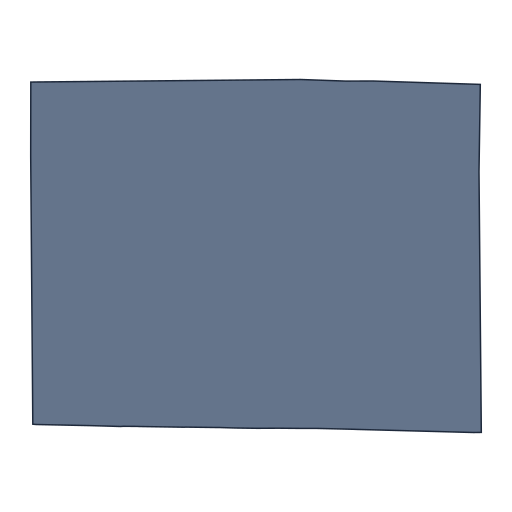 Rock, Wisconsin, United States of America (Equal Earth projection)
{"feature_id": "52423323B35843280156412", "entity_name": "Rock", "entity_type": "district", "adm_level": 2, "iso_a3": "USA", "parent_name": "United States of America", "parent_adm1": "Wisconsin", "projection": "equal_earth", "projection_center": [-89.089, 42.67], "detail": "fine", "context": "isolated", "style": "filled", "palette": "slate", "viewbox_px": 512, "rotation_deg": 0, "n_neighbors": 0, "source": "geoboundaries", "source_scale": "gbopen_adm2", "svg_char_len": 537}
<svg xmlns="http://www.w3.org/2000/svg" viewBox="0 0 512 512"><path d="M300.7,79.5L121.0,81.2L35.4,82.0L30.8,82.1L30.7,156.3L32.8,424.2L36.1,424.5L89.8,425.6L111.3,426.2L120.4,426.5L123.3,426.3L137.5,426.4L139.0,426.5L184.3,427.2L185.7,427.1L216.0,427.5L219.6,427.5L222.2,427.6L235.8,428.0L257.1,428.3L278.6,428.2L300.7,428.4L300.8,428.4L302.3,428.4L316.8,428.4L354.4,429.3L356.6,429.4L473.5,432.5L481.3,432.4L479.0,171.6L480.2,92.6L480.3,84.4L372.8,81.0L346.0,81.1L300.7,79.5Z" fill="#64748b" stroke="#1e293b" stroke-width="1.5"/></svg>